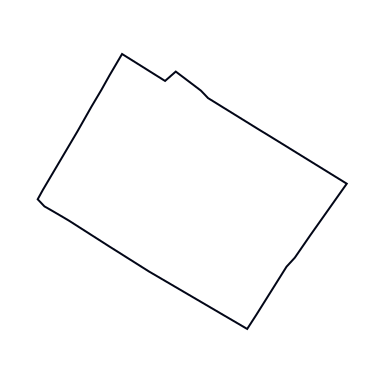 Dois Irmãos, Rio Grande do Sul, Brazil, rotated 113°
{"feature_id": "56859067B39393866453324", "entity_name": "Dois Irmãos", "entity_type": "district", "adm_level": 2, "iso_a3": "BRA", "parent_name": "Brazil", "parent_adm1": "Rio Grande do Sul", "projection": "albers", "projection_center": [-51.091, -29.598], "detail": "fine", "context": "isolated", "style": "outline", "palette": "ink", "viewbox_px": 384, "rotation_deg": 113, "n_neighbors": 0, "source": "geoboundaries", "source_scale": "gbopen_adm2", "svg_char_len": 456}
<svg xmlns="http://www.w3.org/2000/svg" viewBox="0 0 384 384"><g transform="rotate(113 192 192)"><path d="M274.4,247.1L282.0,200.4L296.5,87.7L279.9,84.8L223.8,75.8L212.3,71.7L185.5,66.2L123.9,52.8L111.2,135.8L108.1,156.7L99.3,213.9L95.2,223.4L87.5,254.0L100.3,260.2L92.3,310.3L116.9,313.5L133.4,315.3L152.7,317.9L180.7,321.1L248.3,330.1L259.0,331.2L262.9,322.2L264.1,312.1L266.4,294.4L274.4,247.1Z" fill="none" stroke="#020617" stroke-width="2"/></g></svg>